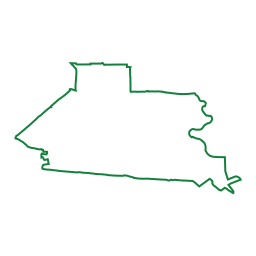 the district of Plesoiu, Olt, Romania
{"feature_id": "2599482B90563083488739", "entity_name": "Plesoiu", "entity_type": "district", "adm_level": 2, "iso_a3": "ROU", "parent_name": "Romania", "parent_adm1": "Olt", "projection": "equal_earth", "projection_center": [24.24, 44.477], "detail": "fine", "context": "isolated", "style": "outline", "palette": "green", "viewbox_px": 256, "rotation_deg": 0, "n_neighbors": 0, "source": "geoboundaries", "source_scale": "gbopen_adm2", "svg_char_len": 5634}
<svg xmlns="http://www.w3.org/2000/svg" viewBox="0 0 256 256"><path d="M240.6,179.8L240.6,179.5L240.5,179.2L240.3,178.9L240.1,178.7L239.8,178.4L239.7,178.1L238.5,177.3L237.7,176.9L237.1,176.6L236.9,176.5L236.5,176.4L236.1,176.5L235.7,176.6L235.1,176.5L234.7,176.7L227.9,179.5L225.3,171.2L224.9,157.2L218.7,157.1L214.9,156.9L213.2,156.8L211.1,156.2L209.5,155.5L208.4,154.6L207.1,153.3L205.5,150.5L205.6,148.1L205.6,146.5L205.0,144.2L204.2,142.9L203.5,141.8L202.7,141.6L201.5,140.2L199.6,139.1L198.5,138.8L197.4,138.7L194.2,137.7L193.3,137.0L192.7,136.8L192.4,136.9L192.2,137.2L191.9,137.3L191.5,137.2L190.8,136.6L189.8,135.4L189.3,134.6L189.2,133.6L189.2,132.2L189.5,131.6L189.8,130.9L191.3,129.6L192.2,129.2L193.2,129.0L193.9,129.1L194.5,129.4L196.2,129.7L199.2,129.7L201.1,129.3L201.9,128.6L202.7,127.7L203.2,127.0L203.5,126.6L204.0,125.8L204.5,125.2L205.4,124.8L206.8,123.7L207.8,123.3L208.5,123.3L209.3,123.0L210.4,122.2L211.3,121.1L211.9,120.1L212.2,119.2L212.0,118.0L211.3,116.4L210.2,115.8L208.9,115.9L208.6,115.9L207.6,115.5L206.9,115.6L206.6,115.6L206.3,115.5L206.1,115.4L205.8,115.1L205.6,114.7L203.5,112.2L202.5,110.7L202.3,110.3L202.2,108.7L202.4,107.7L202.8,106.8L203.2,106.3L203.6,106.2L204.2,106.2L204.8,106.2L205.1,106.0L205.2,105.6L205.4,105.0L205.6,104.1L205.7,103.6L205.8,103.1L205.5,102.6L205.2,102.3L204.3,101.5L203.5,101.2L202.9,101.2L202.4,101.1L201.9,101.1L201.7,101.2L200.8,101.0L200.3,100.7L199.7,100.2L199.3,99.5L199.1,98.8L199.0,98.4L197.9,96.6L197.3,95.8L196.8,95.6L196.0,95.1L195.5,94.4L195.0,93.6L194.8,93.3L194.1,93.3L193.4,93.4L188.3,93.9L185.5,94.0L182.8,94.1L181.7,94.1L176.9,93.8L175.9,93.6L171.0,93.1L168.2,92.7L166.6,92.6L166.0,92.6L165.9,92.4L162.3,91.8L162.3,91.7L160.7,91.5L159.6,91.5L158.7,91.4L157.8,91.4L155.5,91.5L155.2,91.5L154.5,91.5L153.0,91.4L152.6,91.4L152.0,91.4L148.3,91.5L148.3,91.1L147.7,91.0L146.7,91.2L146.3,91.3L145.9,91.4L145.4,91.7L144.9,91.7L141.3,91.7L137.3,91.8L136.5,91.8L136.4,91.7L133.0,91.7L130.7,91.8L130.5,91.0L130.5,89.1L130.5,88.3L130.5,86.4L130.5,84.1L130.5,83.0L130.4,81.6L130.4,81.0L130.4,80.6L130.4,79.4L130.4,77.0L130.3,76.7L130.2,76.6L130.2,75.6L130.1,74.2L130.1,73.9L130.1,73.3L130.1,72.4L130.0,69.6L130.0,68.6L130.1,67.4L130.3,67.2L129.8,67.1L129.5,66.9L126.9,67.0L126.9,66.8L126.9,66.0L127.0,64.9L126.9,64.5L122.2,64.5L112.7,64.6L112.2,64.6L109.7,64.7L108.3,64.7L105.9,64.7L105.0,64.7L104.8,64.9L104.3,64.9L104.0,64.7L103.2,63.7L102.7,63.0L102.2,63.0L101.1,63.6L90.5,63.6L90.5,64.4L76.9,64.5L76.7,64.3L76.2,64.0L76.1,63.9L76.0,63.6L76.0,63.4L70.8,63.2L72.0,64.6L73.3,65.8L74.0,66.7L75.5,68.3L76.0,68.9L76.2,69.6L76.3,70.5L76.4,71.5L76.4,72.4L76.4,72.8L76.3,74.7L76.2,76.1L76.1,77.5L76.0,79.7L75.8,81.6L75.5,85.8L75.5,86.0L75.5,87.9L75.5,88.4L75.4,89.1L75.5,89.7L75.6,90.0L75.8,90.5L74.7,90.3L73.9,90.0L72.7,89.6L71.6,89.1L71.2,89.1L71.4,89.3L70.0,89.7L69.8,89.7L69.8,89.8L69.7,90.1L69.7,90.3L69.8,90.6L68.2,92.1L67.5,92.7L67.1,93.1L64.4,95.4L61.7,97.4L60.0,98.6L58.7,99.5L51.2,106.0L50.8,106.6L51.3,106.7L51.3,107.1L50.3,107.1L50.1,107.3L48.8,108.3L47.9,109.0L47.0,109.8L45.6,110.9L43.7,112.6L42.2,113.9L41.6,114.5L41.4,114.8L40.0,115.8L38.6,116.6L37.5,117.8L35.9,119.4L33.7,121.3L32.6,122.4L30.7,124.0L29.7,125.0L29.0,125.6L27.1,127.1L23.7,130.1L21.5,131.9L18.7,134.3L18.3,134.6L18.1,134.8L17.7,135.1L17.4,135.3L17.2,135.3L16.2,136.0L16.1,136.5L15.9,136.9L15.7,137.4L15.4,137.9L15.4,138.1L15.5,138.2L15.8,138.6L16.3,138.6L16.8,138.9L17.4,139.0L18.0,139.3L18.4,139.3L20.4,140.7L22.9,142.1L26.3,145.0L27.0,145.7L27.5,146.5L28.5,147.0L28.9,147.0L29.3,147.2L29.8,147.3L30.6,147.7L35.5,148.5L36.8,148.9L37.2,148.8L38.9,149.4L41.5,149.2L41.6,149.7L43.1,149.9L43.4,151.8L45.9,151.7L47.1,151.9L47.1,153.3L46.5,154.4L43.9,154.2L41.7,153.7L41.4,154.3L41.4,157.5L42.7,157.2L43.3,158.2L43.9,159.4L44.1,159.7L44.3,159.7L44.7,160.0L45.8,159.7L47.7,159.2L47.8,159.7L47.9,160.2L48.2,161.3L48.5,162.9L48.7,164.0L45.2,164.5L44.0,164.8L43.4,164.9L43.3,165.0L43.0,165.2L42.8,165.5L42.3,167.4L42.3,168.1L42.4,168.6L42.9,168.9L43.5,169.2L44.4,169.2L45.1,169.3L46.2,169.5L49.8,169.7L51.3,169.9L54.0,170.2L60.1,171.0L64.6,171.4L69.9,171.8L75.0,172.3L78.1,172.4L78.2,172.2L78.4,172.2L79.5,172.2L81.8,172.5L82.3,172.6L84.3,172.8L85.6,172.9L86.5,172.9L89.1,173.1L90.2,173.3L92.0,173.4L94.8,173.8L96.5,174.0L102.1,174.3L105.9,174.7L107.5,174.9L107.6,175.1L108.9,175.2L111.3,175.3L111.7,175.4L114.5,175.6L116.2,175.6L117.0,175.7L122.5,175.8L122.8,175.8L123.2,175.7L123.7,175.6L124.4,175.3L124.8,175.4L125.8,175.6L126.3,175.6L126.9,175.6L127.2,175.7L128.4,176.1L128.6,176.2L132.7,177.3L133.9,177.6L134.0,177.7L134.0,177.9L136.0,178.2L136.4,178.3L136.7,178.3L139.4,178.6L140.9,178.7L141.8,178.6L143.2,178.8L145.0,178.7L147.9,178.7L160.6,179.5L162.6,179.6L165.3,179.7L166.2,179.8L166.5,179.9L166.9,179.9L168.0,180.4L168.3,180.5L169.1,180.5L170.6,179.9L171.1,179.8L171.5,179.7L171.8,179.8L172.3,180.1L172.5,180.2L172.8,180.1L173.6,180.0L174.2,179.9L175.0,179.8L176.2,179.9L176.8,180.0L178.0,180.1L178.7,180.2L179.5,180.3L181.8,180.4L182.5,180.5L183.1,180.5L185.9,180.6L192.7,181.0L194.8,182.5L195.3,182.9L197.3,184.7L199.3,186.4L209.7,178.8L210.3,179.3L210.6,179.5L211.5,180.3L211.8,180.5L212.4,181.2L212.4,181.4L212.4,182.2L212.3,182.9L212.3,183.3L212.4,183.5L212.8,184.3L212.9,184.5L213.4,185.1L213.7,185.5L213.8,185.6L214.9,186.3L216.9,187.9L217.8,188.7L219.0,189.7L219.5,190.0L220.1,190.1L220.9,190.3L221.1,190.5L224.2,188.3L224.7,187.8L225.8,188.3L226.5,188.7L227.3,189.3L227.6,189.6L228.5,190.3L230.9,191.7L232.6,192.8L233.3,193.0L233.3,191.2L229.1,185.7L228.5,184.9L230.5,183.6L239.9,179.9L240.1,179.8L240.5,179.8L240.6,179.8Z" fill="none" stroke="#15803d" stroke-width="2"/></svg>